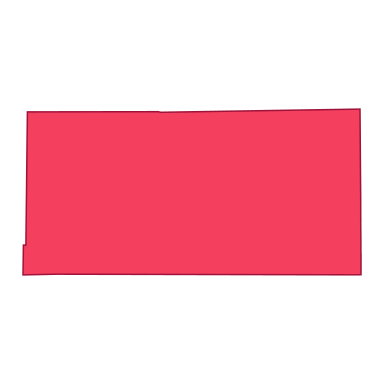 outline of Cheyenne, Colorado, United States of America
{"feature_id": "52423323B81847933029004", "entity_name": "Cheyenne", "entity_type": "district", "adm_level": 2, "iso_a3": "USA", "parent_name": "United States of America", "parent_adm1": "Colorado", "projection": "orthographic", "projection_center": [-102.366, 38.83], "detail": "fine", "context": "isolated", "style": "filled", "palette": "rose", "viewbox_px": 384, "rotation_deg": 0, "n_neighbors": 0, "source": "geoboundaries", "source_scale": "gbopen_adm2", "svg_char_len": 414}
<svg xmlns="http://www.w3.org/2000/svg" viewBox="0 0 384 384"><path d="M27.4,111.9L25.9,245.1L23.4,245.1L23.0,274.9L56.2,274.2L353.9,274.8L356.6,274.8L361.0,274.7L361.0,253.9L360.9,251.8L360.9,251.7L360.9,247.3L360.9,246.6L360.9,243.1L360.7,221.4L360.8,220.9L360.7,215.3L360.7,210.2L360.7,204.1L360.7,198.7L360.0,109.1L160.7,112.3L158.2,111.7L27.4,111.9Z" fill="#f43f5e" stroke="#9f1239" stroke-width="1.5"/></svg>